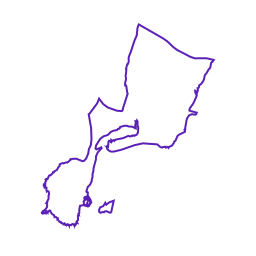 Howth-Malahide Lea-7, Dublin, Ireland, rotated 97°
{"feature_id": "5873133B80891439467393", "entity_name": "Howth-Malahide Lea-7", "entity_type": "district", "adm_level": 2, "iso_a3": "IRL", "parent_name": "Ireland", "parent_adm1": "Dublin", "projection": "natural_earth1", "projection_center": [-6.109, 53.412], "detail": "fine", "context": "isolated", "style": "outline", "palette": "violet", "viewbox_px": 256, "rotation_deg": 97, "n_neighbors": 0, "source": "geoboundaries", "source_scale": "gbopen_adm2", "svg_char_len": 4770}
<svg xmlns="http://www.w3.org/2000/svg" viewBox="0 0 256 256"><g transform="rotate(97 128 128)"><path d="M119.1,168.7L132.6,164.6L143.4,162.9L149.4,162.8L153.6,164.2L158.3,164.4L163.4,165.8L165.9,167.6L166.5,169.0L164.8,175.5L165.4,179.6L166.3,180.8L166.0,181.3L167.3,181.8L169.7,184.0L169.6,185.0L171.0,187.8L170.7,188.4L172.3,191.3L174.2,191.3L174.8,192.0L178.3,193.5L180.1,195.9L181.0,196.1L181.0,196.9L181.5,196.8L184.5,199.2L184.4,199.9L185.0,200.6L188.4,201.6L188.4,202.7L189.1,203.6L190.3,202.7L191.7,203.5L193.1,203.3L193.6,204.3L194.9,204.8L196.6,203.9L196.0,203.5L196.6,203.3L196.1,203.0L196.9,202.9L197.2,201.6L199.1,201.6L200.8,200.9L200.3,200.5L200.7,199.1L203.1,198.3L205.1,198.6L207.9,198.2L212.0,199.7L212.4,200.2L212.3,199.7L212.6,199.9L212.7,199.4L214.0,198.8L216.6,198.8L218.8,200.0L221.1,202.5L221.9,202.4L222.4,203.2L223.0,203.1L223.3,202.4L222.4,202.1L223.0,201.9L222.4,201.8L222.2,201.1L223.0,201.0L222.7,199.6L221.0,199.3L221.7,198.9L220.5,198.7L220.8,197.9L221.5,198.1L222.0,197.4L221.3,197.4L220.0,196.5L219.4,195.7L219.6,195.0L221.1,194.4L222.6,192.9L223.7,190.6L225.5,190.1L225.2,188.5L226.2,187.2L227.1,187.0L226.7,186.6L227.5,186.5L229.6,184.4L229.3,183.4L230.5,182.6L230.8,180.5L231.5,180.4L231.5,180.1L231.0,180.3L231.2,179.8L230.6,180.2L231.0,179.5L230.5,179.2L232.1,177.2L230.9,176.4L231.0,175.6L231.6,175.6L231.5,174.8L232.0,174.5L231.4,174.5L231.3,172.6L230.6,172.3L230.0,170.9L231.0,169.8L230.5,169.2L230.9,169.1L230.2,168.9L230.7,168.3L229.7,167.8L227.9,167.7L228.2,166.8L227.0,167.5L225.4,166.4L221.2,167.0L221.0,166.6L219.8,166.7L220.0,166.3L219.0,166.7L219.3,166.4L218.2,166.0L214.5,166.5L215.3,166.0L214.0,166.4L211.0,166.1L210.0,162.7L210.8,158.2L210.2,157.2L206.6,155.7L206.0,154.7L206.1,156.6L206.7,156.3L209.9,157.5L210.4,158.3L210.3,158.8L209.6,159.0L206.2,159.3L208.3,159.3L209.9,160.6L209.3,162.6L207.7,162.6L206.5,163.1L205.3,162.5L204.2,161.0L203.9,161.2L203.3,160.3L203.8,159.3L204.6,159.0L204.2,158.4L202.8,159.8L203.9,162.1L203.7,162.6L202.7,162.9L202.1,162.7L201.3,161.1L200.4,160.9L201.2,160.8L201.3,159.7L203.8,157.1L204.7,157.6L204.1,156.3L199.6,159.9L197.3,159.9L196.6,160.3L196.6,161.2L195.8,161.6L191.3,160.7L188.8,158.7L185.0,157.5L183.6,157.7L180.8,157.2L178.3,157.6L174.9,157.1L172.3,157.3L163.1,156.0L160.1,156.3L156.0,155.1L151.2,151.7L150.4,152.1L153.1,156.6L152.5,157.7L149.3,157.6L142.2,154.3L139.2,151.2L137.4,147.2L134.0,144.6L132.4,142.0L131.4,138.7L130.0,137.8L129.9,136.7L129.1,136.1L128.3,136.2L127.7,135.4L126.2,131.7L125.9,129.1L126.4,127.8L126.2,124.0L127.5,120.2L125.7,120.4L125.6,121.0L125.1,121.1L124.1,121.2L123.5,120.7L123.1,121.8L123.1,120.8L121.5,120.9L121.9,120.3L121.4,120.2L120.8,121.1L120.4,120.8L120.7,120.1L120.4,120.5L120.4,120.1L119.5,120.0L119.9,119.6L120.7,119.9L120.1,119.6L120.4,119.4L120.9,119.9L120.9,119.3L123.5,119.0L126.7,117.8L131.6,117.6L134.1,118.9L133.6,118.7L134.9,120.5L134.5,121.1L135.5,122.9L135.1,123.2L136.2,125.0L135.8,126.7L138.7,131.7L141.0,138.7L140.0,139.0L141.0,138.7L142.4,139.9L141.8,140.6L142.5,141.4L142.2,142.2L143.0,142.2L143.4,142.4L145.1,143.3L143.8,143.0L143.0,142.2L142.5,142.4L142.0,143.1L143.1,143.0L143.4,143.7L142.9,145.2L144.3,145.8L146.9,145.5L147.7,145.6L149.9,145.4L148.4,145.7L149.8,145.8L149.7,146.4L150.1,145.9L149.6,146.6L147.0,145.6L149.0,146.8L149.7,146.7L151.4,146.0L152.7,144.4L153.5,141.9L153.2,139.4L150.4,131.9L144.2,119.3L141.4,111.3L140.7,96.9L143.0,93.5L143.3,91.8L142.7,91.1L142.0,88.3L142.8,88.0L142.0,86.2L142.8,85.4L141.8,85.0L140.2,82.3L137.3,80.7L135.8,80.4L135.0,79.4L129.9,77.9L128.6,76.8L124.9,71.1L122.8,71.1L123.6,72.2L122.1,71.3L112.5,70.8L109.9,70.0L109.2,69.6L109.4,69.2L109.2,69.5L108.1,69.0L106.5,66.3L106.6,62.8L105.7,61.9L104.4,61.6L103.4,68.6L103.3,69.1L102.2,69.3L100.7,68.9L95.5,66.1L90.3,64.5L90.4,64.0L90.1,64.4L87.6,63.7L86.7,63.8L86.4,64.5L85.4,64.9L85.1,64.6L84.6,65.5L84.0,65.6L84.6,65.0L84.0,65.1L82.2,66.5L83.0,65.5L84.7,64.8L84.8,63.9L82.3,63.2L80.0,63.8L79.9,63.1L78.9,62.6L77.1,62.6L75.3,60.7L72.3,59.1L70.2,58.5L66.3,58.2L64.1,56.8L59.6,54.9L59.0,54.2L57.8,53.7L53.3,53.4L52.4,52.9L52.2,52.3L50.0,51.2L49.2,58.7L50.7,70.2L49.8,74.7L44.5,88.9L42.1,93.0L37.2,99.6L34.9,103.9L23.9,129.9L24.5,130.1L27.6,130.8L35.0,130.6L40.8,132.3L51.7,134.4L56.6,135.7L58.1,135.9L62.2,135.4L64.7,136.0L64.8,136.5L69.6,137.2L69.8,136.8L74.1,136.6L76.5,136.8L79.3,135.9L84.7,136.4L86.1,135.9L85.8,135.4L86.3,134.9L92.9,133.1L93.8,132.5L109.7,135.5L110.5,135.3L112.0,136.2L112.2,141.0L110.1,150.5L107.3,155.5L102.4,160.3L107.3,161.6L118.4,167.9L119.1,168.7ZM213.7,140.9L213.2,139.4L214.3,135.4L213.5,134.4L201.9,133.3L204.2,137.7L206.8,140.2L205.0,141.4L208.5,143.0L210.3,146.1L212.7,146.7L214.7,146.4L215.5,145.1L214.4,142.6L214.6,141.6L213.7,140.9Z" fill="none" stroke="#5b21b6" stroke-width="2"/></g></svg>